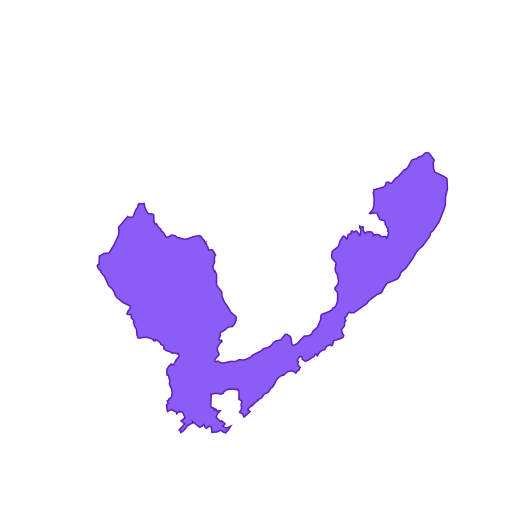 Ocna Sugatag, Maramures, Romania (Robinson projection), rotated 127°
{"feature_id": "2599482B76843829186540", "entity_name": "Ocna Sugatag", "entity_type": "district", "adm_level": 2, "iso_a3": "ROU", "parent_name": "Romania", "parent_adm1": "Maramures", "projection": "robinson", "projection_center": [23.858, 47.763], "detail": "fine", "context": "isolated", "style": "filled", "palette": "violet", "viewbox_px": 512, "rotation_deg": 127, "n_neighbors": 0, "source": "geoboundaries", "source_scale": "gbopen_adm2", "svg_char_len": 6128}
<svg xmlns="http://www.w3.org/2000/svg" viewBox="0 0 512 512"><g transform="rotate(127 256 256)"><path d="M301.6,382.2L315.8,383.0L319.6,379.7L322.3,378.3L332.0,376.2L342.2,375.2L345.4,378.9L350.5,381.0L357.0,376.4L358.7,377.1L359.6,376.7L360.4,375.3L361.2,373.2L361.1,371.3L362.0,370.8L363.6,364.6L368.3,355.9L368.8,351.0L370.0,347.8L372.0,345.1L372.9,341.8L373.2,334.4L371.6,325.9L374.0,324.9L376.5,325.1L379.9,324.3L379.7,322.8L377.8,320.7L380.5,318.3L381.0,314.7L382.2,314.4L384.1,312.1L385.2,310.6L386.3,307.5L390.8,303.5L392.3,301.1L392.1,300.0L388.1,296.3L385.9,292.8L384.4,287.6L385.4,286.9L384.6,285.5L383.3,285.9L382.8,284.9L382.9,280.4L383.8,279.0L383.3,275.3L385.6,273.6L385.6,271.0L384.2,266.7L384.0,264.3L382.3,262.6L381.7,260.4L380.8,259.9L380.7,259.4L381.4,259.0L381.2,258.1L382.0,257.2L383.4,257.0L387.1,257.3L388.2,257.2L388.0,256.7L392.8,256.5L393.5,259.0L394.7,258.5L395.6,259.3L400.2,259.0L404.7,255.5L403.7,254.6L408.0,249.2L409.1,249.0L410.8,247.6L413.1,243.3L415.7,240.7L419.4,238.6L422.9,239.5L423.6,238.9L425.1,239.7L426.6,237.5L428.9,237.9L433.5,233.1L429.5,231.2L429.0,229.9L429.4,229.9L428.6,225.6L429.7,224.5L426.2,223.8L426.5,222.9L425.6,222.8L425.1,220.2L428.0,215.3L432.8,216.7L433.0,211.9L441.2,212.7L441.4,210.6L442.3,210.0L440.6,209.1L437.1,208.5L434.2,208.4L432.7,209.0L431.6,207.9L431.2,208.2L427.3,205.9L426.3,207.1L426.7,198.1L424.7,196.7L421.9,196.2L423.4,193.4L423.5,191.8L420.0,191.0L419.5,188.8L423.4,185.0L419.6,180.9L416.4,179.5L416.3,176.1L415.5,173.6L413.7,174.0L413.6,173.6L411.5,173.4L407.1,173.8L410.3,175.4L411.7,177.2L411.8,180.2L409.3,179.6L408.5,179.9L408.4,184.5L409.5,184.6L408.9,190.6L405.9,191.8L401.2,191.4L403.4,194.4L402.8,194.8L402.5,196.2L403.9,196.7L403.2,197.0L402.9,197.9L403.3,198.3L403.0,199.2L403.7,199.6L403.4,201.6L394.1,208.0L394.3,208.5L393.9,209.0L390.4,206.1L388.5,203.3L387.6,200.9L385.2,199.5L383.8,199.9L381.1,199.2L377.9,196.8L377.8,195.9L376.5,194.9L375.4,192.9L375.3,192.2L373.3,190.5L374.2,189.7L374.1,188.2L380.7,183.5L380.4,180.1L381.1,179.5L383.7,178.5L385.9,176.2L387.7,175.3L390.5,175.3L390.7,174.2L390.1,171.4L391.9,168.9L391.6,168.6L383.8,167.0L383.8,169.9L383.0,169.9L382.9,170.4L378.2,169.6L378.4,169.1L378.0,169.0L372.6,168.3L370.1,167.3L369.7,168.0L365.9,166.1L361.1,166.3L358.0,164.4L353.9,164.3L353.0,164.9L351.1,163.9L347.4,164.1L343.9,165.0L339.2,164.9L335.3,163.3L334.8,162.2L329.5,161.3L326.2,158.3L325.4,156.0L325.6,153.6L322.6,153.8L321.5,153.0L318.4,153.7L317.6,157.4L314.6,158.7L314.9,160.0L311.6,160.7L309.5,160.5L309.6,159.8L308.9,158.7L310.6,156.9L310.5,155.1L310.4,153.4L309.1,152.2L301.3,149.2L298.8,149.7L298.1,149.0L298.9,147.1L294.7,147.3L291.4,146.4L289.4,144.7L286.2,145.2L284.3,144.7L282.2,143.3L282.2,141.6L281.4,141.2L277.0,143.0L270.5,138.4L268.7,137.7L266.6,138.0L265.7,140.6L263.4,143.4L258.7,143.3L255.9,145.2L253.3,145.4L252.7,147.3L251.8,148.2L250.0,147.4L246.7,148.1L244.7,147.6L244.3,146.1L242.2,143.6L227.3,138.9L223.8,139.0L219.7,137.9L213.9,136.1L210.5,134.0L208.7,133.7L205.8,134.5L199.0,135.0L189.0,129.1L185.7,129.2L182.1,130.4L175.7,129.0L164.3,129.3L156.7,130.2L152.0,130.0L148.0,129.0L135.1,129.2L132.8,130.6L128.9,129.8L118.8,130.3L105.0,134.1L101.0,135.6L95.5,139.8L87.2,143.5L79.2,150.1L79.3,153.6L81.4,163.9L79.2,166.9L75.2,170.3L72.1,171.4L69.7,179.6L70.4,181.6L72.0,182.9L76.3,183.7L78.9,185.6L81.8,186.5L84.9,189.0L86.2,189.3L94.5,188.0L97.2,188.7L97.8,189.5L107.1,190.2L110.0,191.3L116.2,191.4L117.4,193.0L117.1,194.1L118.0,195.7L119.1,196.2L121.8,195.1L124.1,195.5L132.2,201.7L132.3,201.1L135.1,200.3L138.8,196.5L144.9,192.1L148.7,190.7L153.6,191.0L153.3,189.8L151.7,189.0L149.2,185.6L149.4,183.9L150.9,182.3L151.2,180.7L152.4,179.3L150.7,174.8L150.9,173.7L153.1,171.7L153.4,170.3L154.6,168.3L154.5,167.4L155.2,166.4L156.8,166.1L157.5,164.0L162.6,162.4L163.4,162.6L162.6,163.6L162.6,164.6L165.0,167.2L165.1,170.5L166.1,172.6L167.7,174.1L169.1,174.5L168.0,175.2L167.2,177.8L167.5,178.6L169.8,181.8L172.4,182.5L171.0,185.8L168.3,187.9L169.7,189.7L169.7,191.3L171.0,190.3L172.0,187.8L176.8,185.3L177.3,185.6L176.1,188.2L175.7,190.7L175.9,191.3L178.5,192.4L177.9,193.4L178.1,194.4L179.7,194.6L180.8,193.6L183.3,195.3L187.8,193.4L187.1,196.5L187.3,198.0L189.1,198.4L194.1,197.8L198.6,195.9L205.8,197.8L207.2,197.6L210.5,195.5L212.1,193.8L213.3,187.9L218.9,184.9L220.8,182.8L221.8,180.1L226.3,175.0L229.0,173.7L234.2,173.7L235.4,172.3L235.8,169.6L236.8,168.3L242.7,163.9L247.4,162.3L250.1,162.5L251.3,163.3L253.5,163.0L256.0,164.0L263.0,168.3L264.7,168.2L268.3,165.9L276.0,164.1L281.8,165.2L285.2,164.6L288.2,166.1L291.0,169.3L301.2,170.5L304.8,172.2L305.1,173.4L304.4,174.8L301.3,177.7L299.6,180.1L299.9,184.3L301.3,185.6L307.9,185.6L311.8,189.0L313.9,189.8L318.3,190.0L321.2,191.1L326.2,194.6L327.9,194.4L337.4,199.2L339.7,199.3L344.3,201.7L346.2,202.9L349.1,207.2L352.5,208.8L355.3,212.7L360.8,217.3L362.4,219.7L362.9,223.2L364.9,224.9L364.4,226.1L362.7,226.6L357.3,226.0L356.0,227.2L355.5,228.6L353.7,230.8L352.5,231.7L346.9,232.3L344.7,231.7L344.0,232.9L345.3,234.1L344.7,235.9L341.0,236.5L339.9,238.1L338.3,238.2L334.2,236.4L330.8,235.8L328.8,234.9L326.6,232.4L322.4,232.3L319.3,233.3L316.8,235.0L316.3,236.3L316.1,242.2L314.1,246.4L311.7,253.9L308.2,259.4L305.4,261.6L302.9,270.1L294.7,276.2L292.8,279.4L293.6,279.6L290.6,284.2L289.1,284.2L288.4,284.9L285.8,285.4L283.4,287.5L281.0,288.8L279.5,288.8L278.5,291.4L278.6,292.1L277.9,292.5L278.0,293.6L277.3,294.3L278.0,294.8L277.8,295.5L279.7,297.5L278.1,299.4L277.5,301.1L276.3,302.8L276.4,303.7L275.0,304.5L275.8,304.8L275.8,305.8L274.5,306.8L274.9,307.3L274.4,308.7L274.6,309.8L273.4,311.1L273.6,313.2L276.6,316.3L282.5,320.5L283.4,320.5L284.1,322.0L285.7,322.8L286.7,326.1L287.3,326.7L287.4,327.9L288.7,330.4L288.4,332.3L289.7,335.6L290.9,336.5L292.7,336.8L293.4,337.8L294.7,338.2L295.0,339.3L292.8,344.3L293.1,345.6L291.7,349.1L291.8,351.5L290.2,355.0L291.3,355.3L290.7,356.9L289.6,358.4L284.6,362.6L285.0,364.6L286.7,366.5L286.9,367.7L286.0,370.5L284.7,373.1L281.4,377.1L282.7,377.9L284.1,380.6L285.5,381.1L288.7,379.8L291.9,379.7L298.9,377.6L301.6,380.7L301.6,382.2Z" fill="#8b5cf6" stroke="#5b21b6" stroke-width="1.5"/></g></svg>